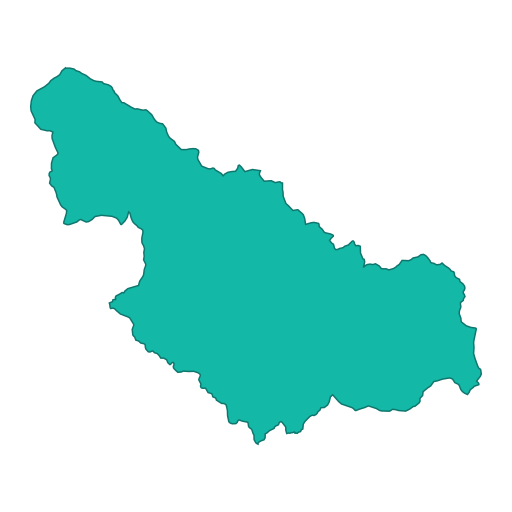 outline of Jigmichhoeling, Geylegphug, Bhutan
{"feature_id": "84629894B47212795309211", "entity_name": "Jigmichhoeling", "entity_type": "district", "adm_level": 2, "iso_a3": "BTN", "parent_name": "Bhutan", "parent_adm1": "Geylegphug", "projection": "orthographic", "projection_center": [90.525, 27.083], "detail": "fine", "context": "isolated", "style": "filled", "palette": "teal", "viewbox_px": 512, "rotation_deg": 0, "n_neighbors": 0, "source": "geoboundaries", "source_scale": "gbopen_adm2", "svg_char_len": 6032}
<svg xmlns="http://www.w3.org/2000/svg" viewBox="0 0 512 512"><path d="M34.9,122.8L40.8,129.3L47.2,130.8L49.9,130.7L52.9,132.1L52.0,135.5L52.1,138.5L55.3,147.3L58.0,152.9L57.7,154.1L56.4,155.4L53.1,157.7L51.5,163.2L51.4,168.9L52.1,169.9L52.1,170.9L49.9,172.1L49.2,173.5L49.1,175.5L50.2,177.6L50.5,179.1L49.6,183.2L51.7,185.9L54.0,187.4L56.3,193.1L57.1,197.2L60.7,205.0L62.2,206.9L65.9,209.5L66.7,210.6L66.4,213.4L63.9,221.7L63.7,223.0L64.0,223.5L67.2,224.7L69.5,224.5L76.8,222.0L79.5,219.8L80.7,219.5L86.1,222.0L88.6,221.6L92.1,219.5L94.5,217.0L95.5,216.4L101.4,215.3L112.0,216.3L116.6,218.1L118.6,220.3L120.8,224.4L121.5,224.5L124.9,221.0L127.2,217.3L128.6,212.0L130.0,213.3L131.2,218.1L132.7,221.6L134.2,223.4L136.9,225.6L138.2,227.3L141.3,228.9L142.7,230.1L143.0,232.1L141.8,238.3L141.9,242.2L142.4,243.7L143.5,245.5L144.5,248.8L143.8,252.4L144.2,256.3L143.6,259.8L145.8,264.2L145.6,265.9L144.3,269.4L143.6,274.7L143.0,276.2L139.7,281.2L138.5,285.5L127.9,288.6L124.9,291.0L123.8,292.9L122.1,292.5L119.5,294.2L116.1,295.9L115.5,296.9L115.3,298.3L115.7,298.9L115.5,299.6L113.3,299.6L112.9,299.8L112.6,301.6L109.3,303.0L109.8,304.7L110.2,307.8L110.7,308.5L112.9,308.1L114.7,308.8L116.5,310.7L120.4,314.0L128.4,317.1L129.7,317.9L133.6,324.1L133.7,325.5L132.2,329.4L132.8,334.7L133.1,335.4L134.8,337.3L135.8,340.1L138.6,341.0L140.7,343.0L143.8,343.7L144.9,344.3L145.2,345.2L145.4,347.5L145.8,349.0L148.3,351.8L150.0,352.0L152.3,351.0L153.2,351.3L154.4,352.7L157.3,353.6L159.2,355.6L160.8,358.1L163.7,358.1L166.7,359.8L167.8,362.6L169.7,364.5L170.4,364.5L172.3,362.5L173.0,362.4L173.6,362.7L174.1,364.2L173.3,366.5L173.5,367.9L174.8,369.5L177.8,372.3L181.2,372.0L183.3,371.1L188.8,371.5L193.7,371.3L198.4,372.9L200.0,374.3L200.3,374.7L200.2,376.1L199.1,378.4L198.8,379.9L201.0,384.1L200.5,386.0L201.0,387.5L201.4,387.9L203.1,388.3L204.7,388.1L205.7,388.4L208.1,392.6L211.0,393.4L212.1,394.2L212.8,396.8L215.5,397.9L216.0,398.6L216.4,400.1L221.6,403.4L224.4,403.6L226.2,405.0L227.4,410.4L227.6,416.0L228.8,421.5L229.4,422.5L230.8,423.3L232.4,423.8L235.9,423.6L237.1,422.5L238.1,420.4L239.0,419.9L242.2,421.1L247.6,422.2L248.0,422.6L248.6,426.5L249.2,427.4L251.4,429.1L252.0,430.1L253.0,433.3L254.0,435.3L254.1,439.7L255.7,442.6L256.5,443.4L258.0,444.2L258.2,442.8L259.0,442.0L260.9,440.9L264.0,439.8L265.1,437.8L265.2,433.9L266.7,433.1L269.6,430.6L274.1,428.4L274.6,426.9L275.9,425.9L278.1,425.0L278.9,423.8L279.2,422.5L280.9,421.6L282.0,422.2L285.8,427.1L285.8,430.1L286.7,433.5L288.8,433.0L290.0,433.2L291.7,432.6L292.5,432.7L294.3,432.0L295.0,432.4L294.9,433.1L297.3,433.3L298.5,432.2L300.5,431.6L301.5,429.6L302.8,429.0L303.3,424.1L305.0,421.4L309.4,416.9L310.9,415.8L312.4,415.2L314.1,415.5L315.9,414.6L317.1,413.4L317.9,411.8L320.0,410.0L320.7,408.1L321.1,407.7L324.3,407.5L327.5,405.1L329.2,401.9L330.4,396.9L332.7,394.8L338.9,401.8L341.5,404.0L352.0,407.6L353.4,408.5L354.9,410.2L355.9,410.6L359.0,409.3L364.8,407.5L368.4,405.9L376.3,408.5L379.7,410.5L381.3,410.9L389.1,411.2L390.2,410.9L392.5,409.3L395.8,409.7L398.5,410.5L405.7,411.1L409.7,409.1L413.3,406.5L415.1,406.2L419.3,402.7L420.0,401.2L419.9,398.9L420.3,397.9L422.6,395.6L423.1,391.7L427.8,387.8L430.6,386.0L433.9,381.5L437.2,380.9L442.5,379.1L449.1,378.0L450.7,378.2L452.7,379.2L454.8,382.6L457.8,384.0L459.1,385.1L460.7,389.3L462.3,391.5L464.6,393.2L467.5,394.5L469.4,391.9L469.8,390.5L470.7,389.4L473.5,387.2L474.1,386.3L478.8,384.7L478.9,384.0L478.4,382.9L476.6,381.1L480.3,376.3L481.3,374.1L480.7,369.8L480.4,369.2L479.0,368.5L477.8,366.3L475.1,358.8L473.6,353.5L474.0,347.3L473.6,342.9L473.8,341.0L476.3,328.9L475.7,328.1L470.8,327.4L466.3,325.8L461.6,322.1L461.2,321.6L460.8,317.9L459.2,313.7L459.5,310.5L460.7,307.6L460.8,305.9L460.4,304.1L460.6,302.5L463.3,300.4L463.5,298.7L465.0,296.6L464.2,294.3L463.2,293.2L463.3,291.5L464.1,290.5L464.9,288.5L464.6,286.2L462.8,283.7L460.0,281.6L459.5,279.3L456.2,277.7L454.6,275.7L454.3,273.1L453.7,271.8L451.2,271.0L450.1,269.4L448.3,267.8L444.8,265.6L442.0,263.0L440.2,264.4L436.5,264.8L433.8,263.3L431.6,262.9L430.8,262.5L429.9,260.6L427.3,257.2L425.7,255.6L423.6,254.4L421.0,254.7L418.0,256.9L413.0,258.0L411.3,259.5L408.8,260.7L402.1,260.4L399.3,264.4L397.0,265.9L396.0,267.0L393.4,268.6L388.8,269.9L386.2,268.8L382.5,268.8L381.0,268.4L380.5,267.4L379.0,265.8L375.5,263.8L372.7,264.6L370.2,264.1L367.5,264.5L365.8,265.2L364.2,266.7L363.6,266.8L364.7,261.8L364.1,259.3L362.9,258.8L360.5,253.0L360.3,246.3L358.3,245.5L355.8,245.7L354.6,244.1L354.4,242.8L353.7,241.4L353.0,240.9L352.2,241.2L348.3,245.0L344.8,246.2L343.0,247.7L339.5,248.5L337.5,249.5L335.6,249.6L334.5,248.2L333.5,244.3L331.6,243.0L329.6,240.4L331.3,238.1L333.3,236.2L333.3,235.5L332.7,234.9L330.3,233.9L325.4,232.8L324.2,232.2L322.2,229.2L319.2,226.6L319.0,224.2L318.5,223.4L313.9,222.4L311.0,222.8L305.6,224.4L304.7,218.6L303.4,214.9L302.4,213.7L297.8,209.7L292.9,210.5L288.5,205.8L285.9,203.5L283.2,196.3L283.0,192.0L282.5,189.9L282.5,183.0L281.1,182.8L280.4,182.0L279.4,181.8L275.1,182.6L271.3,180.7L264.2,181.2L261.1,177.5L259.5,175.1L259.4,173.3L260.4,170.7L252.4,169.5L244.9,171.6L241.1,166.7L239.4,165.1L238.3,165.5L237.7,168.2L235.5,171.3L232.2,171.5L227.9,172.3L224.7,174.1L223.1,175.8L221.3,173.5L215.2,169.9L214.4,168.6L213.0,168.0L210.4,168.9L208.3,168.8L201.7,166.1L197.8,159.3L197.5,157.1L198.8,152.2L198.4,150.3L195.8,148.8L193.2,148.6L188.9,149.0L186.7,149.6L181.3,149.6L175.8,144.3L174.5,141.5L169.7,137.8L168.3,135.8L166.6,131.8L165.9,128.2L162.6,123.8L159.6,123.3L156.5,121.9L154.2,119.0L151.8,114.8L147.4,110.8L145.9,109.8L142.9,110.2L137.2,108.8L135.0,109.1L130.7,106.9L124.0,102.8L121.8,102.6L120.1,100.2L117.9,96.0L114.5,92.6L114.0,91.0L112.8,89.7L112.4,88.1L111.1,86.4L108.3,84.8L103.6,83.6L102.0,81.9L96.2,81.3L93.7,80.6L90.3,78.8L85.9,75.3L81.8,73.5L79.5,71.8L75.9,70.6L73.9,69.0L69.6,68.1L65.9,68.2L65.6,67.8L62.0,70.7L60.0,74.3L58.9,75.3L56.5,77.0L54.3,78.0L50.7,80.7L49.0,83.1L44.6,86.7L36.9,90.9L33.1,95.6L31.4,100.6L30.7,106.5L31.1,110.8L35.1,119.5L34.9,122.8Z" fill="#14b8a6" stroke="#0f766e" stroke-width="1.5"/></svg>